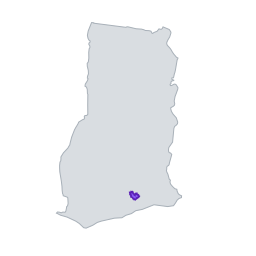 location of Ayensuano, Eastern, Ghana, rotated 8°
{"feature_id": "2480657B11085167902059", "entity_name": "Ayensuano", "entity_type": "district", "adm_level": 2, "iso_a3": "GHA", "parent_name": "Ghana", "parent_adm1": "Eastern", "projection": "natural_earth1", "projection_center": [-0.482, 5.946], "detail": "fine", "context": "in_parent", "style": "filled", "palette": "violet", "viewbox_px": 256, "rotation_deg": 8, "n_neighbors": 0, "source": "geoboundaries", "source_scale": "gbopen_adm2", "svg_char_len": 4687}
<svg xmlns="http://www.w3.org/2000/svg" viewBox="0 0 256 256"><g transform="rotate(8 128 128)"><path d="M155.1,24.7L156.9,26.7L157.3,27.8L156.6,32.1L155.3,35.1L154.5,37.9L154.6,39.2L155.4,40.6L158.1,42.8L159.5,44.2L161.2,46.4L163.1,48.5L166.3,51.3L167.7,51.7L167.7,52.5L167.2,53.6L166.9,63.8L166.7,66.4L166.4,67.7L166.1,71.6L165.8,72.1L165.2,72.1L164.6,72.2L164.5,73.0L164.7,73.7L166.7,74.3L166.2,74.9L164.8,75.4L164.1,76.5L164.4,77.9L163.6,78.9L163.8,79.6L164.3,80.1L165.2,79.9L167.5,78.2L168.4,78.0L169.6,78.4L171.8,81.0L171.9,82.4L171.0,86.8L170.2,90.3L170.0,94.9L170.9,97.5L170.8,99.0L169.8,100.2L167.5,102.0L167.7,103.2L168.7,105.5L170.7,108.0L174.4,111.2L176.4,115.2L176.4,116.9L175.3,118.6L173.9,120.0L173.5,122.1L174.1,135.8L171.1,141.7L171.1,143.4L171.4,145.4L172.2,146.6L173.7,146.9L175.0,148.1L174.5,152.2L173.9,156.5L173.8,158.5L173.4,159.5L172.2,160.3L171.8,161.7L172.1,163.3L171.9,164.5L172.5,166.1L173.9,168.1L176.0,173.0L176.9,173.4L177.3,174.4L177.0,175.4L177.9,177.6L180.3,179.8L182.8,181.6L184.9,181.9L185.4,183.6L186.7,185.8L187.7,186.7L189.2,187.3L190.5,187.7L190.6,189.5L188.3,190.7L186.7,192.6L185.5,195.5L183.9,198.6L178.2,200.3L176.0,200.3L164.4,200.4L153.5,206.6L147.2,208.8L143.3,212.3L138.1,214.7L134.5,217.7L127.0,219.2L114.6,223.9L110.7,225.8L106.8,229.1L100.4,233.0L98.0,232.9L93.0,229.3L89.2,227.5L80.1,224.7L73.2,223.7L69.9,222.5L69.0,222.3L69.8,221.0L71.7,220.9L73.7,221.3L75.2,220.3L77.4,220.2L78.0,219.1L78.2,216.5L78.2,214.4L79.0,213.5L79.2,211.0L78.1,205.5L77.3,204.9L73.3,204.1L73.0,203.0L72.3,201.9L71.5,199.0L70.7,194.8L69.3,189.6L66.6,181.0L66.0,178.0L65.5,174.9L65.4,171.2L66.0,169.8L65.9,167.9L65.6,166.0L67.5,161.6L71.3,156.2L72.0,154.3L72.7,152.9L72.8,151.0L73.5,144.8L75.3,137.2L76.4,134.3L77.1,132.8L78.1,130.3L78.3,129.1L81.7,126.2L83.3,125.3L83.6,124.2L83.1,122.9L83.3,122.0L84.1,121.6L85.4,121.3L86.3,120.0L84.9,110.7L83.7,101.4L83.7,100.6L83.0,99.4L82.3,95.5L81.2,93.3L79.6,92.6L79.6,90.5L81.2,86.9L81.6,84.8L80.8,84.2L80.7,82.6L81.3,79.9L81.0,78.3L80.7,76.6L79.1,72.5L78.6,69.7L79.5,68.0L79.5,64.3L78.6,58.6L78.5,55.0L79.1,53.5L78.8,52.1L77.6,50.7L77.5,49.4L78.5,48.1L78.4,47.1L77.1,46.4L75.9,44.7L74.9,41.9L75.1,37.4L77.1,29.3L77.3,28.6L79.5,28.6L79.5,29.0L86.4,28.9L94.2,28.8L103.5,28.7L112.0,28.6L112.3,28.2L113.7,27.8L122.3,28.6L127.6,28.2L129.9,28.5L131.6,29.0L135.3,28.7L137.2,28.9L138.7,30.9L139.3,30.9L140.2,30.0L141.6,29.1L143.2,28.3L144.2,26.7L144.9,25.5L145.9,25.7L147.3,25.6L148.2,24.6L148.6,23.0L155.1,24.7Z" fill="#d9dde1" stroke="#a8b0b8" stroke-width="1"/><path d="M138.6,191.5L138.7,191.9L139.1,191.9L139.4,192.2L139.2,192.9L139.3,192.9L139.3,193.0L139.5,193.2L139.5,193.3L139.6,193.5L139.8,193.6L140.0,193.5L139.9,193.6L140.0,193.6L140.0,193.8L140.2,194.0L140.1,194.3L140.3,194.4L140.5,194.4L140.6,194.5L140.7,194.8L140.6,195.0L140.7,195.3L140.4,195.4L140.4,195.5L140.4,195.8L140.5,195.8L140.7,195.7L140.8,195.7L140.9,195.8L141.1,195.9L141.2,196.0L141.3,196.0L141.5,196.0L141.8,196.1L142.0,196.2L142.1,196.4L142.2,196.5L142.3,196.7L142.4,196.8L142.5,196.8L142.8,196.8L142.9,197.1L143.0,197.2L143.0,197.4L143.3,197.4L143.8,197.4L143.9,197.5L143.9,197.9L143.9,198.0L144.0,198.0L144.1,197.9L144.2,197.7L144.4,197.7L144.5,197.6L144.7,197.8L144.8,197.9L145.0,197.8L145.1,197.7L145.3,197.9L145.4,197.7L145.5,197.6L145.8,197.4L146.0,197.1L146.3,196.8L146.6,196.6L146.3,196.0L146.6,195.9L146.8,195.8L147.0,195.8L147.3,195.8L147.4,195.7L147.5,195.6L147.5,195.4L147.8,195.4L147.9,195.2L148.0,195.3L148.1,195.2L148.2,194.9L148.2,194.7L148.3,194.6L148.4,194.4L148.5,194.4L148.5,194.2L148.8,194.0L148.8,193.9L148.6,193.8L148.2,193.9L148.1,194.0L147.9,193.9L147.8,193.6L147.8,193.4L147.7,193.3L147.6,193.2L147.3,193.1L147.1,193.0L146.9,193.0L146.7,192.9L146.7,192.7L146.8,192.6L146.7,192.6L146.6,192.4L146.4,192.4L146.4,192.5L146.2,192.5L146.2,192.4L146.1,192.2L145.9,192.2L145.9,191.9L145.9,191.6L145.9,191.4L145.7,191.4L145.3,191.5L145.4,191.8L145.2,191.8L145.1,192.0L144.9,192.0L144.9,191.9L144.7,191.8L144.6,192.0L144.5,192.5L144.5,192.9L144.4,193.1L144.5,193.2L144.4,193.3L144.2,193.4L144.2,193.5L144.1,193.4L144.0,193.5L143.8,193.6L143.7,193.5L143.4,193.4L143.2,193.0L143.2,192.8L143.1,192.5L143.0,192.4L142.9,192.4L142.8,192.2L142.7,192.2L142.8,192.1L142.7,192.0L142.3,191.9L142.2,191.8L142.0,191.7L141.9,191.5L141.9,191.4L141.7,191.2L141.7,190.9L141.8,190.9L141.7,190.6L141.3,190.5L141.2,190.5L141.1,190.4L141.0,190.5L140.8,190.5L140.6,190.5L140.8,190.7L140.9,191.1L140.7,191.1L140.6,190.8L140.5,190.7L140.4,190.7L140.2,190.5L140.3,190.6L140.2,190.7L140.2,190.8L140.2,191.0L140.1,190.9L139.9,191.0L139.6,191.4L139.4,191.4L139.2,191.3L138.9,191.5L138.6,191.5Z" fill="#8b5cf6" stroke="#5b21b6" stroke-width="1.5"/></g></svg>